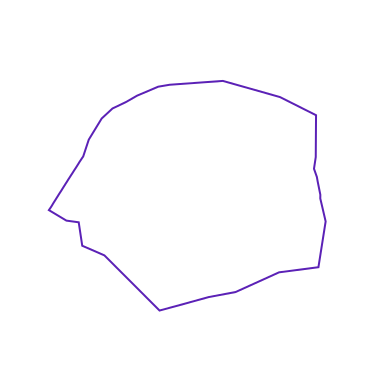 the district of Cogt-Ovoo, Ömnögovi, Mongolia, rotated 162°
{"feature_id": "93677404B91426853528809", "entity_name": "Cogt-Ovoo", "entity_type": "district", "adm_level": 2, "iso_a3": "MNG", "parent_name": "Mongolia", "parent_adm1": "Ömnögovi", "projection": "orthographic", "projection_center": [105.361, 44.337], "detail": "fine", "context": "isolated", "style": "outline", "palette": "violet", "viewbox_px": 384, "rotation_deg": 162, "n_neighbors": 0, "source": "geoboundaries", "source_scale": "gbopen_adm2", "svg_char_len": 878}
<svg xmlns="http://www.w3.org/2000/svg" viewBox="0 0 384 384"><g transform="rotate(162 192 192)"><path d="M333.7,219.0L320.3,203.6L309.1,198.2L313.0,174.8L294.9,158.8L259.5,89.3L229.2,87.8L228.3,87.8L208.5,86.9L181.5,83.4L134.0,88.7L95.0,81.4L74.0,122.7L72.8,136.6L72.0,146.2L70.8,149.7L69.2,163.4L68.6,167.7L68.8,176.4L63.5,187.0L51.2,224.0L50.3,226.7L59.9,236.2L79.0,255.1L128.3,288.1L180.1,300.9L191.6,302.6L214.4,300.6L226.8,298.0L241.8,296.0L255.2,289.8L274.0,273.7L284.5,259.4L286.1,258.2L287.6,257.0L290.0,255.1L290.9,254.3L295.1,250.8L297.0,249.3L299.9,246.9L300.1,246.7L301.4,245.7L304.8,242.9L305.7,242.2L307.8,240.4L309.8,238.8L310.7,238.0L312.2,236.8L312.9,236.2L314.7,234.7L315.5,234.0L317.6,232.3L319.7,230.6L320.6,229.8L322.2,228.5L324.2,226.8L326.4,225.0L327.7,223.9L329.5,222.3L331.2,220.9L333.7,219.0Z" fill="none" stroke="#5b21b6" stroke-width="2"/></g></svg>